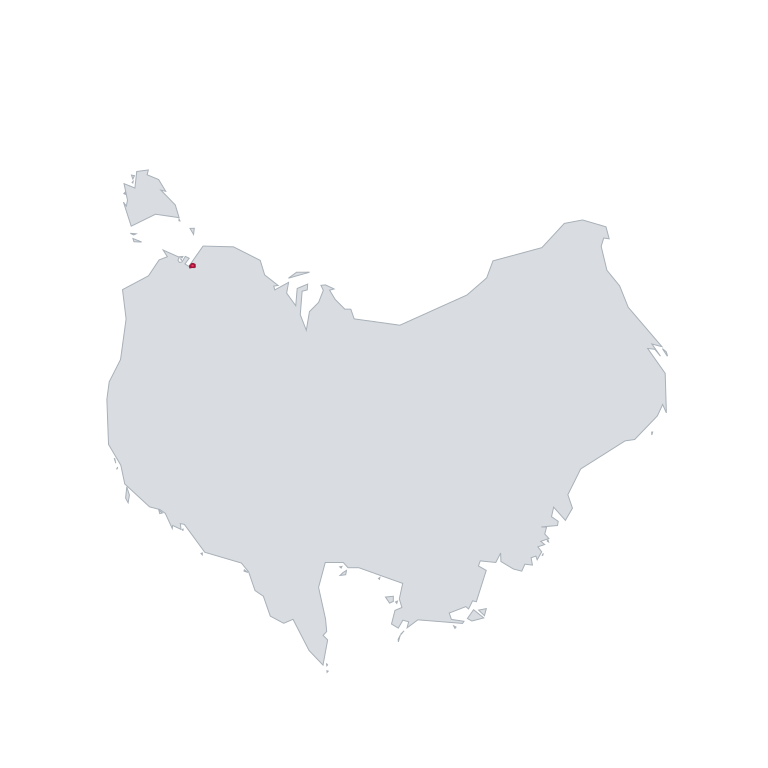 location of Wyndham, Victoria, Australia, rotated 166°
{"feature_id": "25037944B15313699759774", "entity_name": "Wyndham", "entity_type": "district", "adm_level": 2, "iso_a3": "AUS", "parent_name": "Australia", "parent_adm1": "Victoria", "projection": "mercator", "projection_center": [144.582, -37.893], "detail": "fine", "context": "in_parent", "style": "filled", "palette": "rose", "viewbox_px": 768, "rotation_deg": 166, "n_neighbors": 0, "source": "geoboundaries", "source_scale": "gbopen_adm2", "svg_char_len": 4719}
<svg xmlns="http://www.w3.org/2000/svg" viewBox="0 0 768 768"><g transform="rotate(166 384 384)"><path d="M521.2,143.6L529.2,177.7L539.2,176.1L550.5,186.3L552.4,207.3L559.1,214.7L560.8,234.4L565.7,244.8L598.6,264.1L611.7,296.1L615.4,297.8L616.1,292.0L623.3,297.9L624.4,295.0L627.5,311.4L631.8,316.4L641.2,321.5L659.7,349.7L659.0,368.8L665.9,392.0L656.6,436.2L650.1,452.6L633.7,471.5L618.5,509.5L614.9,538.8L586.4,545.9L572.2,558.8L563.4,559.9L565.9,567.4L552.0,556.5L554.0,554.0L553.1,551.4L550.5,551.3L545.9,555.9L542.6,553.1L548.1,548.7L545.0,545.3L526.2,561.6L496.9,553.5L474.2,533.9L473.4,518.7L462.9,505.2L467.3,505.7L467.2,501.7L452.0,505.7L456.5,495.7L450.7,481.3L445.1,497.7L433.9,499.4L435.7,493.9L441.0,493.8L448.5,471.5L446.4,454.9L438.8,472.3L427.7,479.0L420.2,489.6L421.3,495.0L416.8,494.3L409.5,488.3L414.1,488.2L410.9,477.8L403.9,466.1L398.1,464.6L397.2,454.4L354.4,437.2L281.9,450.3L258.7,462.1L248.5,477.1L197.8,478.1L170.2,496.2L151.6,495.1L130.6,482.8L130.4,470.4L135.5,472.5L140.0,465.0L140.2,440.4L131.6,422.1L128.5,399.4L105.3,353.0L114.4,358.0L109.0,344.1L112.8,352.2L119.6,354.7L108.6,326.3L117.0,287.7L118.6,296.7L126.5,286.9L154.2,269.5L163.9,270.5L213.7,254.0L232.4,232.1L231.2,217.9L241.0,207.8L249.2,223.5L253.6,214.7L248.2,208.6L249.9,204.7L266.0,207.3L260.9,205.8L264.3,199.6L261.4,194.2L270.0,193.4L266.9,189.4L274.1,188.8L271.6,183.0L277.9,176.4L278.3,180.3L283.3,179.8L283.8,172.4L290.9,175.1L295.6,169.1L303.2,173.2L313.5,183.5L311.7,191.8L318.7,183.8L333.4,189.1L336.4,184.6L329.9,178.4L347.1,150.4L350.5,152.2L356.4,145.3L358.4,148.2L376.1,146.0L375.6,139.3L363.8,134.4L365.7,132.7L408.2,147.0L420.6,141.8L417.6,147.3L422.8,150.3L429.2,143.7L434.8,149.3L428.1,161.7L420.7,162.8L421.1,171.8L414.1,186.0L452.8,211.8L463.4,214.5L466.7,220.7L484.2,225.0L496.7,202.5L497.6,169.9L499.5,157.7L503.9,154.8L500.6,149.3L511.2,126.0L521.2,143.6ZM542.6,595.0L564.7,604.0L591.1,598.3L592.8,623.5L591.0,618.9L588.4,624.4L587.8,641.3L578.3,634.4L572.5,650.0L560.9,648.7L563.2,644.3L553.2,636.9L549.2,623.8L553.6,626.1L543.2,608.2L542.6,595.0ZM343.8,132.9L356.1,132.8L359.8,136.3L351.7,143.3L343.8,132.9ZM429.2,510.5L451.1,509.8L441.8,513.6L429.2,510.5ZM431.6,170.0L434.1,176.9L426.3,175.8L427.6,170.8L431.6,170.0ZM658.5,346.4L657.9,337.8L661.0,330.7L662.3,335.8L658.5,346.4ZM584.8,580.4L592.2,582.5L592.4,585.9L584.8,580.4ZM342.6,134.9L346.9,141.7L339.1,141.3L342.6,134.9ZM534.6,581.9L530.4,581.0L532.6,575.2L534.6,581.9ZM473.0,208.9L469.3,211.0L465.5,212.2L467.3,208.2L473.0,208.9ZM105.3,351.0L102.3,346.9L102.1,343.0L102.5,342.8L105.3,351.0ZM590.8,589.2L593.7,591.6L588.2,589.7L590.8,589.2ZM630.1,312.5L633.0,312.5L633.0,316.2L630.1,312.5ZM561.7,234.1L565.1,236.3L564.5,237.5L561.7,234.1ZM578.1,643.6L578.5,647.8L575.7,646.5L578.1,643.6ZM663.4,372.0L663.7,376.8L663.3,376.8L663.4,372.0ZM374.9,132.5L372.9,130.7L374.3,129.7L374.9,132.5ZM432.0,132.9L429.0,136.3L432.5,130.3L432.0,132.9ZM663.9,366.3L662.5,367.9L663.4,366.2L663.9,366.3ZM436.4,196.6L434.8,197.3L435.7,195.6L436.4,196.6ZM425.5,169.8L423.4,170.1L424.7,168.0L425.5,169.8ZM136.5,269.7L135.9,272.6L134.9,272.4L136.5,269.7ZM507.6,124.4L507.5,126.8L506.7,125.1L507.6,124.4ZM550.6,552.7L551.1,554.5L550.4,554.0L550.6,552.7ZM428.2,137.3L424.2,139.7L428.3,136.7L428.2,137.3ZM271.9,179.5L270.4,181.2L271.4,179.3L271.9,179.5ZM579.7,640.6L578.3,641.4L579.1,639.8L579.7,640.6ZM471.2,217.3L468.9,217.2L470.1,215.8L471.2,217.3ZM263.7,192.2L262.6,193.1L262.5,190.9L263.7,192.2ZM590.4,631.7L588.5,632.9L589.1,630.6L590.4,631.7ZM509.0,118.0L508.8,119.6L507.6,118.9L509.0,118.0ZM549.5,555.2L551.4,556.9L548.3,556.4L549.5,555.2ZM602.6,263.9L601.1,264.0L601.7,262.1L602.6,263.9ZM614.8,291.7L614.0,291.8L614.6,290.2L614.8,291.7ZM543.5,592.0L543.0,593.5L542.5,591.6L543.5,592.0Z" fill="#d9dde1" stroke="#a8b0b8" stroke-width="1"/><path d="M544.1,543.8L542.4,543.7L541.0,543.5L540.8,543.4L540.8,543.5L540.7,543.5L540.2,543.5L540.0,543.3L539.2,543.2L539.1,544.2L538.8,544.2L538.8,544.7L538.8,544.8L538.9,544.7L538.9,544.8L539.0,544.8L539.1,545.0L539.3,545.1L539.3,545.3L539.3,545.5L539.2,545.5L539.3,545.7L539.3,545.8L539.2,545.8L539.2,546.0L539.2,545.9L539.2,546.0L539.3,546.1L539.2,546.1L539.3,546.2L539.3,546.3L539.5,546.4L539.5,546.5L539.8,546.7L540.0,546.6L540.3,546.7L540.3,546.8L540.5,546.8L540.5,547.0L540.8,547.1L541.0,547.1L541.3,547.1L541.5,547.1L541.8,546.9L542.0,546.8L542.0,546.7L542.3,546.6L542.5,546.4L542.6,546.2L542.8,546.1L543.0,546.0L543.2,545.9L543.3,545.9L543.5,545.8L543.6,545.7L543.7,545.4L543.8,545.2L543.7,545.2L543.7,545.3L543.4,545.3L543.4,545.2L543.2,545.0L543.0,544.9L543.1,544.7L543.3,544.6L543.4,544.4L543.5,544.3L543.9,544.1L544.0,544.0L544.1,543.9L544.1,543.8Z" fill="#f43f5e" stroke="#9f1239" stroke-width="1.5"/></g></svg>